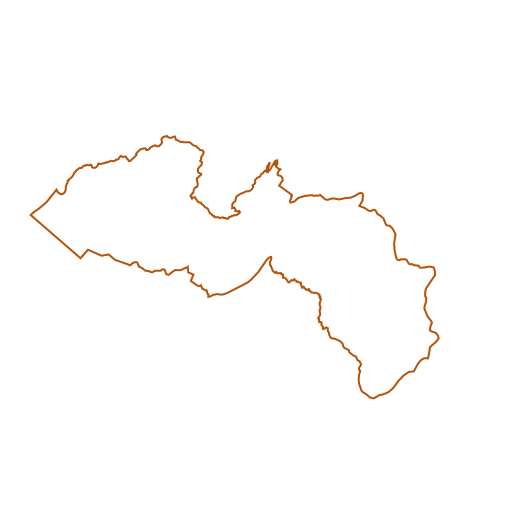 Salcedo, Cotopaxi, Ecuador (Equal Earth projection), rotated 221°
{"feature_id": "8360857B66602561776891", "entity_name": "Salcedo", "entity_type": "district", "adm_level": 2, "iso_a3": "ECU", "parent_name": "Ecuador", "parent_adm1": "Cotopaxi", "projection": "equal_earth", "projection_center": [-78.584, -1.057], "detail": "fine", "context": "isolated", "style": "outline", "palette": "amber", "viewbox_px": 512, "rotation_deg": 221, "n_neighbors": 0, "source": "geoboundaries", "source_scale": "gbopen_adm2", "svg_char_len": 6124}
<svg xmlns="http://www.w3.org/2000/svg" viewBox="0 0 512 512"><g transform="rotate(221 256 256)"><path d="M307.0,334.8L306.6,333.7L306.2,330.6L304.8,328.8L304.5,326.4L305.4,325.9L305.1,323.4L305.7,321.7L305.7,320.9L305.1,318.7L306.4,315.5L306.5,312.6L306.3,312.1L304.6,310.9L304.4,309.0L305.0,307.6L304.8,306.9L303.6,306.5L302.9,303.9L303.1,302.1L303.9,300.1L306.0,298.1L307.2,294.9L308.3,293.3L309.8,288.1L307.6,283.6L308.2,282.1L307.7,279.7L307.8,279.2L306.5,278.0L305.3,276.4L304.2,278.3L302.1,277.7L301.2,276.4L299.9,277.5L298.5,277.8L298.2,278.9L296.7,278.4L296.6,277.4L297.6,273.9L299.5,272.1L300.0,270.8L300.7,270.2L300.7,269.2L301.8,267.9L301.6,265.7L302.8,264.7L303.8,264.8L305.2,263.4L306.5,263.4L308.3,260.7L309.9,260.6L312.8,258.0L313.9,258.7L315.6,257.9L316.5,258.3L319.0,258.1L323.6,260.1L326.1,259.4L329.8,259.8L331.1,259.5L332.7,260.1L333.9,259.1L336.1,258.8L337.2,259.4L339.3,259.6L340.4,260.4L342.0,258.7L341.9,257.3L344.8,258.4L345.2,259.2L344.7,260.4L345.2,261.7L344.9,262.8L346.0,264.4L346.8,267.2L346.7,268.3L346.2,268.7L345.8,270.0L347.2,272.2L351.1,275.0L351.6,275.9L351.2,276.9L351.1,279.6L350.7,280.3L350.9,281.8L351.3,282.0L353.5,281.3L355.0,281.4L356.9,283.6L357.2,286.2L356.8,288.6L357.8,290.8L358.5,291.4L359.9,290.9L360.5,291.1L360.7,292.6L361.5,294.0L362.2,294.5L362.5,297.4L363.6,300.2L365.7,300.7L367.6,299.2L369.3,299.6L371.3,299.3L373.0,299.8L375.7,298.4L380.5,298.4L385.2,294.4L386.5,294.0L387.5,292.6L391.5,291.8L392.7,291.2L395.6,293.0L396.7,291.6L397.3,289.8L398.6,288.5L399.7,288.4L400.5,287.8L402.0,288.1L402.4,287.5L404.0,284.9L404.3,283.0L403.8,281.9L401.5,280.2L401.0,278.4L401.3,275.2L403.0,273.6L404.9,273.3L407.0,268.5L406.6,267.5L407.0,266.8L407.1,265.1L408.5,264.0L409.6,264.8L411.1,263.9L413.2,260.6L413.7,255.6L413.4,254.2L412.7,254.2L412.4,253.6L413.0,247.5L413.5,244.9L414.2,244.2L416.1,244.9L417.5,244.8L419.1,245.7L420.1,245.2L421.5,243.2L423.5,243.1L423.8,241.5L423.4,238.9L423.8,237.8L424.9,236.9L424.8,235.8L425.4,234.4L427.8,232.8L428.9,230.4L429.5,229.9L429.7,228.8L430.6,228.4L431.1,227.0L433.9,223.2L435.5,222.6L434.7,219.9L435.1,217.3L437.0,215.5L438.2,215.5L439.4,216.4L440.6,216.6L441.2,215.2L443.8,213.3L444.0,212.3L444.6,212.1L445.4,210.6L445.3,208.7L445.6,207.7L446.8,206.8L447.9,202.3L447.5,201.5L447.8,199.2L447.4,198.9L447.0,197.2L446.7,194.5L447.3,192.0L447.0,190.7L447.6,189.4L446.8,188.7L445.3,184.0L442.7,180.6L442.1,177.8L442.8,175.4L444.2,174.4L447.4,174.1L450.1,175.2L449.4,159.4L450.9,149.5L452.6,142.7L452.9,139.1L387.0,139.2L386.9,150.5L372.7,154.9L368.2,160.5L359.8,160.6L345.8,166.2L345.2,166.1L344.5,167.6L344.6,169.6L343.8,170.6L343.7,171.5L341.8,173.2L340.8,173.1L339.5,172.1L338.5,172.1L337.6,171.1L333.6,172.3L330.2,172.2L326.2,174.7L325.1,174.6L323.3,176.1L322.9,178.2L318.4,182.3L317.7,184.8L316.9,185.4L315.8,185.7L312.0,183.5L309.8,184.3L309.3,185.3L309.1,187.3L307.8,192.3L303.7,195.7L302.4,198.3L301.5,200.9L300.6,201.7L300.3,203.0L299.4,201.6L298.7,201.4L296.4,199.2L291.0,200.9L288.8,194.4L280.8,195.2L278.6,196.6L278.4,197.6L277.8,197.0L276.7,197.1L275.0,196.0L274.3,196.5L271.5,196.8L270.9,197.7L267.4,195.6L266.6,195.8L265.2,193.9L263.8,195.8L262.7,199.0L262.0,199.4L260.7,201.5L256.2,204.5L253.5,209.0L245.0,230.3L244.2,234.4L243.7,245.4L245.3,259.0L245.3,262.0L244.7,264.3L244.0,265.2L242.6,264.1L241.6,260.9L239.6,258.5L238.2,258.4L237.4,257.7L234.8,256.6L233.7,255.7L232.2,256.0L231.6,255.6L230.5,255.9L230.3,257.3L228.6,256.9L225.9,259.5L224.8,258.8L223.5,259.8L221.4,257.4L220.0,258.4L217.8,258.4L214.5,257.4L213.6,257.9L213.4,261.1L212.2,261.5L211.8,263.7L210.9,263.2L209.6,263.7L208.5,263.1L207.6,264.1L205.9,264.3L204.7,265.3L203.1,263.7L200.5,262.3L200.1,264.0L199.8,264.2L198.6,263.4L197.0,263.8L196.1,263.4L195.0,264.1L194.7,265.4L194.0,265.8L193.2,264.6L191.8,265.2L190.2,264.8L188.7,266.1L187.6,266.3L187.3,266.9L185.5,268.2L184.4,268.0L182.9,268.5L182.2,267.4L180.9,267.7L180.5,266.1L178.8,266.2L176.8,261.8L175.6,260.7L174.0,259.9L172.4,257.6L172.5,256.8L169.0,253.9L168.4,249.9L167.0,249.9L166.7,249.2L164.8,247.6L163.9,248.6L162.8,248.7L161.5,246.9L159.0,246.5L158.4,245.5L157.5,244.9L157.0,245.2L156.2,248.1L154.3,248.6L153.0,246.8L151.8,246.2L150.7,246.2L149.2,244.6L146.1,243.3L145.3,243.4L142.0,245.3L136.8,246.9L133.2,246.7L131.0,245.1L128.9,244.6L124.4,245.9L122.3,244.6L117.7,244.7L114.7,245.7L111.1,244.0L108.9,244.6L105.4,242.9L104.9,239.3L103.3,237.6L102.0,237.7L100.1,233.8L97.9,230.6L96.0,228.7L94.5,227.3L88.1,223.6L86.7,223.3L81.9,224.0L77.5,224.0L74.9,225.0L73.7,226.0L71.5,232.2L70.2,233.6L67.7,237.9L66.7,240.5L65.9,245.3L65.9,248.1L66.6,255.0L66.2,262.6L64.6,268.7L61.2,272.4L63.0,280.5L63.3,284.8L62.4,288.4L60.9,290.2L59.1,291.4L59.6,292.8L64.7,301.1L64.9,302.0L63.8,309.5L64.0,313.5L66.0,315.1L69.7,316.0L74.5,314.1L76.0,314.0L77.9,316.8L79.4,321.0L80.2,321.6L86.9,323.0L94.3,326.7L95.5,328.1L97.0,331.6L98.7,334.6L99.7,335.8L102.2,336.8L105.1,340.5L106.4,343.1L108.4,359.2L111.3,362.1L114.5,363.9L118.1,361.9L121.0,358.2L124.3,354.9L125.4,354.8L126.9,355.4L130.9,352.6L132.9,352.3L134.2,350.8L135.6,350.5L140.1,351.9L142.2,350.8L143.3,349.3L144.2,349.0L145.2,346.6L147.1,346.0L148.9,346.5L155.5,351.5L157.5,353.7L159.3,355.1L164.9,363.8L167.4,365.0L171.0,366.3L174.9,366.5L177.4,365.0L178.5,364.9L184.4,368.0L189.7,367.9L191.6,367.3L195.6,368.7L196.6,368.7L197.7,368.0L198.8,365.3L200.4,364.2L205.6,363.5L210.8,361.6L211.9,367.5L214.3,371.0L216.0,372.8L216.8,372.9L217.9,372.6L219.0,371.5L220.8,366.1L223.0,362.0L226.1,358.9L230.4,353.2L235.5,350.2L237.7,347.4L238.4,345.7L240.6,344.2L247.6,344.1L248.4,342.6L250.2,341.2L251.3,339.7L253.7,338.6L258.5,333.4L262.2,327.6L262.8,322.2L263.3,321.4L263.7,321.2L264.7,319.2L265.5,319.1L266.5,319.7L268.1,324.6L268.5,325.1L268.9,324.6L269.7,325.6L284.7,324.3L285.6,330.6L286.7,331.8L288.8,332.7L290.4,332.4L292.3,331.3L293.2,331.6L293.9,332.7L294.6,334.8L294.5,337.4L296.6,336.6L299.5,336.7L300.2,337.8L300.5,340.0L301.0,340.4L301.2,337.3L301.6,337.3L302.4,339.6L302.8,341.9L303.5,341.3L303.8,339.7L302.0,330.5L302.1,327.0L302.7,326.5L303.5,327.1L303.7,328.6L306.5,335.1L307.0,334.8Z" fill="none" stroke="#b45309" stroke-width="2"/></g></svg>